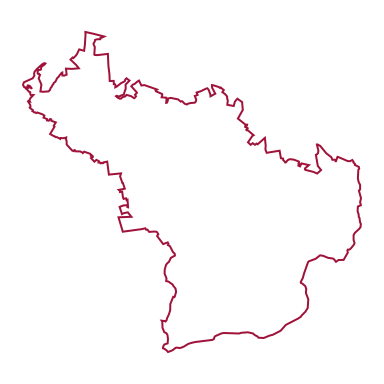 outline of Galesti, Mures, Romania
{"feature_id": "2599482B64118138183254", "entity_name": "Galesti", "entity_type": "district", "adm_level": 2, "iso_a3": "ROU", "parent_name": "Romania", "parent_adm1": "Mures", "projection": "robinson", "projection_center": [24.743, 46.496], "detail": "fine", "context": "isolated", "style": "outline", "palette": "rose", "viewbox_px": 384, "rotation_deg": 0, "n_neighbors": 0, "source": "geoboundaries", "source_scale": "gbopen_adm2", "svg_char_len": 5781}
<svg xmlns="http://www.w3.org/2000/svg" viewBox="0 0 384 384"><path d="M285.8,324.9L298.2,318.5L301.0,316.6L301.5,315.6L305.5,311.6L307.7,308.0L308.3,299.4L306.0,293.2L305.9,291.6L306.3,289.2L305.3,286.1L302.6,283.8L300.9,282.9L300.7,282.1L302.8,278.0L304.1,273.3L308.0,262.3L308.7,261.4L315.6,258.8L320.1,255.3L323.4,255.9L328.2,257.9L332.9,258.5L333.9,259.1L336.0,261.8L338.6,260.0L343.6,259.9L347.8,252.6L347.4,250.4L347.8,249.6L349.4,249.6L350.7,248.6L353.5,245.2L354.4,243.7L354.5,242.8L353.6,240.1L353.6,235.0L354.9,232.8L359.0,229.1L360.6,227.0L360.6,225.4L360.9,224.2L360.0,221.9L359.5,217.9L358.8,217.0L358.6,214.1L357.8,212.1L357.6,210.5L357.9,206.5L360.9,205.2L360.1,202.3L361.0,198.2L358.9,190.6L360.1,189.5L360.1,184.8L358.7,182.2L357.9,178.5L358.3,170.3L358.4,169.6L359.2,168.7L358.8,166.9L354.8,164.9L355.0,163.9L353.4,162.5L353.5,161.7L352.3,160.0L350.0,161.2L347.8,161.1L337.7,156.8L337.4,157.0L336.0,161.2L335.5,161.2L335.4,160.1L334.8,159.7L332.4,159.8L331.4,157.3L326.2,153.2L320.3,146.0L317.5,144.4L316.9,144.5L318.4,150.8L318.0,153.2L317.1,154.2L315.9,154.8L317.8,166.0L321.1,170.0L317.2,173.5L313.1,171.8L305.4,169.9L304.9,169.3L305.1,168.3L308.9,165.1L301.5,163.4L300.0,166.4L298.4,165.6L299.5,164.1L298.5,163.6L299.1,161.9L298.8,161.5L293.7,159.6L289.6,159.2L287.8,160.1L285.8,162.4L285.2,162.5L284.4,161.2L283.2,160.1L283.1,158.6L280.9,158.2L279.6,150.7L266.7,152.8L265.4,149.5L265.7,145.7L264.9,137.9L257.6,144.3L256.6,143.6L255.0,144.8L252.7,143.2L250.6,144.8L248.0,142.3L252.3,136.0L253.6,135.2L247.9,130.4L246.6,130.2L246.3,129.8L247.7,128.2L247.2,127.6L245.2,127.0L245.2,126.1L247.0,125.2L247.1,124.7L245.6,124.7L237.9,118.6L242.8,109.9L242.1,102.1L237.4,98.7L234.9,101.6L233.7,106.0L227.3,104.8L227.8,100.3L227.2,98.8L227.1,96.5L225.3,94.3L222.4,92.1L223.8,90.1L220.7,87.5L220.1,88.0L218.7,87.0L213.4,85.3L212.0,85.1L212.1,87.7L215.3,93.7L210.5,96.3L210.4,94.7L208.8,90.1L207.4,88.3L206.1,88.6L200.4,91.4L196.6,92.5L197.6,94.9L194.8,96.0L196.1,99.2L196.2,100.1L195.8,101.6L194.7,102.7L190.9,103.0L187.9,103.7L186.9,104.5L184.6,103.7L182.3,101.3L181.6,101.2L180.7,101.6L178.1,99.4L170.8,97.9L168.0,98.5L167.9,100.0L167.1,102.6L166.2,102.8L166.5,99.7L166.2,97.7L161.6,97.3L162.3,94.9L162.1,94.0L156.0,91.3L155.6,90.4L157.0,89.5L144.4,85.1L141.4,85.5L139.0,80.6L136.9,81.9L134.7,83.9L132.9,84.6L131.3,86.3L136.9,92.5L136.9,92.9L135.0,94.7L136.0,96.3L134.9,97.7L134.2,98.2L130.9,96.1L126.5,94.9L125.2,96.4L122.5,97.2L120.9,98.7L119.8,98.7L117.6,97.6L116.0,96.2L116.6,95.8L118.5,96.4L120.1,96.2L120.5,95.7L123.9,94.5L124.3,92.6L125.7,88.7L125.6,84.6L129.5,80.6L126.5,78.3L125.2,79.6L125.0,80.8L124.2,81.6L121.3,83.0L116.6,86.7L115.3,87.3L115.5,85.1L114.8,84.1L113.8,84.1L113.7,80.9L109.7,81.0L109.4,73.8L108.4,65.8L107.9,53.9L97.4,55.1L94.9,55.0L94.3,54.6L94.8,47.0L93.7,44.6L93.5,43.5L94.6,41.9L95.1,39.9L97.0,39.3L100.3,39.2L100.4,37.9L102.2,37.5L104.2,36.5L93.5,33.8L85.4,32.0L85.5,35.1L84.9,44.6L84.1,50.8L79.2,49.4L76.8,54.4L75.6,55.9L73.4,58.1L72.6,57.5L70.5,59.6L76.3,65.1L78.8,68.3L71.8,68.9L66.0,68.6L66.6,74.7L64.2,75.6L62.4,75.5L62.3,72.5L61.8,72.7L59.7,75.1L58.8,76.6L57.1,78.2L55.4,81.7L53.7,83.0L53.3,84.3L52.4,85.1L52.0,86.3L50.5,88.2L50.1,89.8L48.5,91.4L43.2,91.8L40.4,91.5L41.4,84.6L38.7,78.4L40.0,74.8L39.3,74.5L39.1,73.9L38.3,74.0L37.6,73.2L37.7,71.0L38.8,70.0L40.8,69.7L41.4,66.8L44.5,64.6L45.4,63.5L44.9,63.3L44.1,63.2L41.9,64.5L37.0,68.9L34.6,71.7L34.1,73.5L34.4,75.6L32.7,78.3L23.9,82.3L23.0,84.9L24.1,87.0L25.1,87.3L25.5,88.1L27.0,87.1L28.0,87.3L29.1,86.4L27.6,86.0L27.8,85.4L28.2,85.4L30.0,86.1L31.5,88.1L31.2,88.3L29.8,87.1L27.9,88.1L26.9,88.3L26.5,88.9L29.1,91.8L30.2,92.2L30.3,94.2L31.1,95.4L31.6,95.6L32.5,94.9L33.4,95.0L30.3,98.3L29.4,100.2L29.9,101.4L28.6,100.9L28.0,101.3L30.2,104.9L30.5,106.2L30.3,107.2L29.7,107.5L29.8,107.8L32.8,110.1L32.4,111.1L33.2,111.4L33.9,112.3L35.3,112.4L36.2,113.1L37.3,112.5L42.5,114.3L44.4,115.6L43.5,117.6L47.1,119.1L47.0,120.4L48.8,120.7L50.2,119.0L51.3,119.4L51.4,120.8L55.8,122.4L53.7,125.8L54.5,126.7L50.1,134.0L53.4,135.9L54.7,136.3L55.4,137.1L56.9,137.1L60.2,138.9L60.5,138.0L64.2,138.2L66.2,137.5L66.0,139.3L66.6,141.0L66.7,144.6L72.2,150.6L73.8,151.2L74.1,150.3L74.7,150.1L76.0,151.4L80.0,151.4L82.0,152.3L82.8,153.1L84.2,151.7L90.2,153.8L91.6,155.3L90.9,155.8L91.8,156.8L92.6,156.2L92.9,156.9L91.0,158.1L94.4,161.7L96.4,159.9L98.9,161.2L99.0,161.7L98.6,162.5L100.7,162.7L100.7,163.3L103.3,163.1L103.4,162.4L107.2,161.6L108.9,174.6L121.0,173.4L120.1,176.4L122.4,183.0L122.9,183.0L124.8,188.7L118.8,189.9L120.2,191.1L120.1,192.0L122.2,191.7L122.9,197.0L123.6,198.9L126.0,198.3L126.6,200.2L127.5,199.7L128.1,207.3L127.4,207.1L127.3,205.9L126.6,205.2L123.3,205.5L119.6,206.9L122.0,214.1L123.1,213.4L127.8,212.3L131.4,216.8L118.5,217.3L122.8,231.7L141.9,229.1L145.3,228.3L146.1,229.7L147.4,229.6L149.2,231.9L153.4,231.6L155.7,231.6L156.9,232.0L158.3,234.2L157.1,236.0L163.2,244.1L167.7,242.4L168.5,243.8L167.9,245.1L169.9,246.1L172.9,251.9L174.7,253.7L174.9,255.6L170.8,257.9L169.0,261.8L167.1,263.4L166.0,265.0L164.7,269.6L164.6,273.6L166.5,278.4L166.2,281.1L168.5,281.6L172.7,284.6L173.1,285.6L175.5,288.5L176.1,291.9L174.8,296.5L174.4,297.1L173.2,296.8L170.3,304.1L170.2,310.1L169.0,314.1L167.0,318.4L166.6,320.1L165.5,321.5L164.5,321.0L161.7,320.7L162.3,321.6L162.5,327.8L164.3,332.2L166.4,333.2L167.4,334.8L168.0,338.9L167.6,343.4L164.3,344.5L163.2,346.5L163.0,348.3L164.6,348.9L166.7,350.5L168.0,352.0L172.5,350.3L175.7,347.8L176.9,347.6L179.1,348.0L180.9,347.8L183.7,346.7L188.2,343.9L191.8,342.8L195.3,342.0L212.4,339.9L214.0,338.9L214.4,337.1L215.3,336.1L221.5,333.4L223.9,333.0L239.2,333.5L241.3,332.8L247.9,332.3L253.1,333.5L254.8,335.1L257.4,336.4L258.5,337.7L263.7,338.0L269.6,335.6L273.0,334.7L280.7,330.7L285.8,324.9Z" fill="none" stroke="#9f1239" stroke-width="2"/></svg>